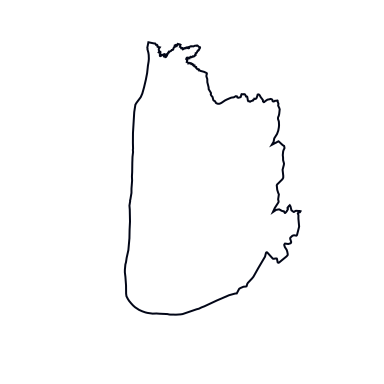 outline of Bung Khla, Bueng Kan, Thailand, rotated 211°
{"feature_id": "78962969B45700319590301", "entity_name": "Bung Khla", "entity_type": "district", "adm_level": 2, "iso_a3": "THA", "parent_name": "Thailand", "parent_adm1": "Bueng Kan", "projection": "equal_earth", "projection_center": [104.009, 18.247], "detail": "fine", "context": "isolated", "style": "outline", "palette": "ink", "viewbox_px": 384, "rotation_deg": 211, "n_neighbors": 0, "source": "geoboundaries", "source_scale": "gbopen_adm2", "svg_char_len": 6051}
<svg xmlns="http://www.w3.org/2000/svg" viewBox="0 0 384 384"><g transform="rotate(211 192 192)"><path d="M306.5,297.9L304.6,292.6L304.0,292.1L303.7,291.4L301.2,289.0L299.7,287.2L297.5,283.8L296.4,281.5L294.8,277.5L291.7,270.8L289.4,264.5L287.0,257.0L285.3,250.8L285.0,248.5L284.8,246.8L285.5,239.9L285.5,237.7L282.7,230.8L273.0,212.2L267.9,203.6L264.8,198.7L264.4,197.7L263.1,195.9L261.1,191.5L258.1,186.1L253.5,178.2L251.5,174.4L249.2,170.9L245.6,163.7L243.4,160.0L241.0,153.9L240.8,153.0L240.3,152.3L238.6,148.1L236.3,144.9L229.9,134.7L226.1,127.6L221.8,120.1L216.6,109.4L214.1,101.9L212.4,97.8L211.8,95.6L209.5,90.8L208.2,88.6L205.4,85.0L200.4,77.9L196.1,70.9L194.5,68.9L192.1,67.4L189.9,66.3L186.8,65.2L184.1,64.4L181.5,63.9L176.7,63.7L173.3,64.1L169.9,64.8L168.0,65.4L163.0,67.5L160.0,69.5L157.6,70.7L150.2,74.7L148.1,75.4L142.4,78.7L138.8,81.2L137.2,82.5L127.6,93.9L126.0,95.5L124.4,98.0L122.5,100.4L114.9,111.7L107.0,122.7L102.7,127.2L101.4,128.1L101.7,133.1L101.6,133.6L100.7,135.1L99.1,137.3L97.3,138.6L96.7,139.2L96.8,139.9L97.3,141.7L97.3,142.9L96.0,148.8L95.7,151.0L96.0,161.2L96.1,174.2L97.2,177.8L97.1,178.6L96.6,178.9L95.6,178.7L88.4,176.5L87.6,176.8L85.8,178.3L85.1,178.6L84.7,178.4L82.3,175.8L81.6,175.8L81.2,176.1L81.0,176.5L77.8,185.5L77.5,187.0L77.9,188.0L79.6,189.9L81.1,191.2L84.0,192.6L85.4,193.8L85.8,194.4L85.8,195.1L85.7,195.7L82.7,197.0L81.1,198.8L81.0,199.6L81.3,200.3L83.7,202.4L84.1,203.1L84.1,203.7L83.5,205.9L83.1,206.6L82.2,207.5L80.1,208.3L79.9,208.7L79.9,209.4L82.0,216.4L82.4,217.6L87.1,224.0L88.8,226.9L90.3,228.2L90.3,228.6L90.2,228.9L89.1,230.2L89.1,231.4L89.9,231.2L90.7,230.7L93.1,229.5L93.7,228.9L94.1,227.7L94.5,227.3L94.9,227.3L97.3,227.5L100.2,230.4L101.4,231.0L101.7,230.0L102.0,227.7L101.9,227.4L101.1,227.0L100.9,226.5L100.9,224.1L101.1,222.8L101.4,222.0L101.7,221.9L103.4,222.8L104.4,222.3L105.9,222.0L106.9,222.2L107.5,222.0L108.4,222.0L110.7,220.0L112.3,216.5L112.8,221.0L112.6,227.4L112.7,228.1L113.0,228.6L114.4,230.1L116.3,234.7L117.6,235.6L120.1,237.8L122.8,241.4L122.9,242.3L121.1,249.4L121.1,250.9L121.4,251.7L122.2,253.0L125.8,257.7L127.2,262.4L127.6,263.4L127.9,263.9L130.3,266.2L131.6,268.3L133.2,270.4L134.8,273.8L135.1,275.1L135.3,277.2L135.8,277.9L136.8,278.9L138.5,278.9L143.7,280.0L144.0,280.0L147.9,273.5L147.9,277.0L149.1,280.3L149.1,280.9L149.0,285.6L149.7,289.1L150.9,292.3L151.8,294.1L153.4,296.5L154.0,297.3L155.8,298.8L156.4,299.7L156.7,300.5L156.9,302.1L157.5,303.9L159.4,308.0L160.4,308.9L162.6,310.4L163.4,312.2L164.9,313.4L165.7,314.4L166.0,314.4L167.0,313.4L167.8,313.0L168.4,311.8L169.1,311.4L169.8,311.5L170.4,312.2L170.9,312.5L171.7,312.5L172.8,312.1L173.2,311.5L174.9,310.0L176.1,307.4L176.4,306.3L176.7,306.0L177.8,306.2L178.7,307.4L182.0,308.7L183.9,309.8L184.8,310.0L185.5,309.8L185.9,309.3L185.4,307.6L185.3,306.8L185.1,306.3L185.2,305.9L185.1,305.4L185.3,304.8L186.1,304.0L186.5,304.0L186.4,303.6L186.6,303.4L187.0,302.7L186.8,301.9L188.2,300.3L188.6,299.4L189.0,299.2L189.6,299.3L190.5,298.8L191.3,299.3L193.1,301.4L193.8,302.1L194.3,302.1L194.8,301.7L196.8,302.9L197.9,302.7L198.4,302.0L199.7,301.6L199.9,301.4L199.9,301.1L199.2,298.7L199.2,298.4L199.5,298.0L200.9,296.6L201.8,296.4L202.7,297.1L203.8,296.7L205.0,294.6L206.5,293.5L207.2,292.8L209.7,289.3L210.8,287.6L212.7,283.5L213.8,281.9L215.1,281.0L216.3,280.7L217.5,280.7L218.8,281.6L220.5,281.6L221.1,281.8L223.3,284.0L225.1,284.6L225.9,285.1L226.3,285.5L226.6,286.5L227.0,286.8L230.6,288.7L231.7,290.3L235.4,294.0L237.1,296.7L239.1,298.4L239.8,299.6L240.1,301.0L240.7,301.5L243.6,301.2L247.4,300.1L248.4,300.3L248.7,300.0L249.1,300.6L250.0,300.5L250.5,300.0L252.6,300.6L252.6,301.1L252.8,301.3L254.8,300.9L255.0,301.0L255.2,301.7L256.1,301.3L256.5,301.8L256.9,301.5L257.7,302.0L257.9,301.9L258.4,301.3L259.3,301.8L259.6,301.4L260.0,301.5L260.5,301.0L260.8,301.1L260.9,300.8L261.1,300.6L261.2,300.9L262.5,300.7L263.3,301.2L263.5,301.0L264.0,302.2L263.9,302.5L264.1,302.8L264.5,303.0L264.7,302.7L265.4,302.9L265.6,303.5L265.6,304.4L264.9,305.0L264.6,304.8L264.3,305.0L263.9,304.8L263.7,305.5L263.3,305.8L263.0,305.7L263.1,306.5L262.7,306.8L262.6,307.3L261.7,307.3L261.4,307.9L261.3,308.5L261.0,308.5L260.7,308.9L260.4,308.9L259.8,309.8L260.0,310.3L259.7,310.9L259.9,310.9L260.0,310.6L259.7,311.4L260.0,311.6L259.9,312.1L260.3,312.9L259.9,313.2L259.7,313.7L259.7,314.5L259.8,314.7L259.9,315.6L259.6,316.0L259.7,316.3L259.4,316.5L259.5,317.2L259.2,317.6L259.5,318.3L259.3,318.9L259.4,319.8L259.8,320.2L260.7,319.9L262.4,320.3L263.0,320.3L263.4,320.0L263.5,319.6L264.1,319.4L264.9,318.8L265.8,317.5L266.4,317.3L267.2,316.6L267.7,316.6L268.4,316.0L268.8,315.0L268.7,314.2L269.0,314.2L268.8,313.8L268.9,313.6L269.2,313.7L269.4,313.5L269.6,313.6L269.8,313.4L269.9,313.8L270.2,313.4L270.4,313.5L270.6,313.1L271.2,313.0L271.2,312.7L271.6,312.4L271.8,311.6L272.1,311.5L272.3,311.7L272.8,311.4L272.8,310.2L273.4,309.5L273.6,309.6L273.9,310.0L274.3,309.9L274.6,310.3L275.4,309.7L275.8,310.1L276.3,310.2L276.7,310.4L277.1,310.3L277.2,311.0L277.7,311.6L277.7,312.3L278.2,312.3L278.7,312.0L279.3,312.0L279.5,311.5L279.8,311.3L280.3,311.6L280.5,311.6L280.6,311.2L280.3,310.5L280.3,309.7L281.1,309.9L281.7,309.7L281.8,309.4L281.3,309.2L281.1,308.7L282.2,308.5L282.1,308.2L281.6,308.1L281.4,307.6L281.5,307.3L281.9,306.8L281.9,306.4L281.9,305.5L281.6,304.8L281.5,304.4L281.8,303.8L282.5,303.3L282.7,302.0L283.5,300.9L283.6,300.3L284.1,300.3L284.1,300.0L283.7,299.5L283.8,299.2L284.2,299.0L284.2,298.0L283.9,297.6L283.9,297.2L284.6,297.1L284.9,296.9L284.9,296.4L284.4,295.9L283.9,296.3L283.7,296.0L283.9,295.2L283.8,294.5L284.3,293.9L285.2,294.4L285.7,293.7L286.0,293.8L286.3,294.4L286.4,295.9L286.6,296.0L287.3,295.3L288.2,293.7L288.4,293.5L288.7,293.8L288.9,293.7L288.7,292.7L289.2,292.1L289.5,292.1L290.2,292.9L290.2,293.6L290.6,294.2L290.6,294.9L291.3,295.8L291.8,295.5L292.3,294.5L292.5,294.5L292.5,295.2L292.3,295.8L293.7,296.7L294.2,297.7L294.1,299.4L296.3,298.7L296.6,298.9L297.0,299.8L297.6,300.1L298.0,300.1L298.6,299.6L300.1,300.3L301.3,299.7L306.5,297.9Z" fill="none" stroke="#020617" stroke-width="2"/></g></svg>